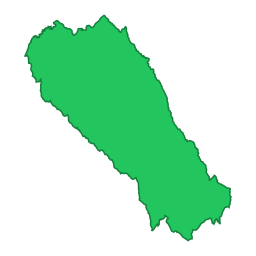 Sai Yok, Kanchanaburi, Thailand (Equal Earth projection)
{"feature_id": "78962969B26028425570589", "entity_name": "Sai Yok", "entity_type": "district", "adm_level": 2, "iso_a3": "THA", "parent_name": "Thailand", "parent_adm1": "Kanchanaburi", "projection": "equal_earth", "projection_center": [98.933, 14.238], "detail": "fine", "context": "isolated", "style": "filled", "palette": "green", "viewbox_px": 256, "rotation_deg": 0, "n_neighbors": 0, "source": "geoboundaries", "source_scale": "gbopen_adm2", "svg_char_len": 5712}
<svg xmlns="http://www.w3.org/2000/svg" viewBox="0 0 256 256"><path d="M183.1,133.2L180.8,131.2L179.8,129.2L178.3,129.2L177.7,128.7L175.6,125.4L174.3,124.2L173.7,122.3L172.7,121.3L172.6,118.3L170.9,115.5L171.1,113.0L169.7,110.6L168.3,109.6L168.8,108.1L168.1,106.8L168.0,103.5L167.1,100.8L167.2,98.5L166.8,97.2L163.8,90.9L162.2,88.3L161.9,86.3L160.8,84.7L160.3,82.8L159.0,81.6L158.8,80.4L157.2,80.2L156.5,79.5L155.8,77.5L154.9,76.9L155.2,75.2L154.3,73.5L153.5,72.8L153.8,71.3L153.4,69.4L152.9,69.1L150.9,69.4L150.1,67.1L148.4,66.0L148.7,63.9L147.4,62.9L147.3,62.3L148.7,60.8L149.1,59.3L149.0,58.7L146.8,57.8L145.4,58.2L145.1,57.2L143.6,56.9L143.9,56.1L143.5,55.8L142.1,56.1L141.3,55.6L141.6,55.3L141.3,54.0L139.1,53.0L137.8,51.0L136.3,50.7L136.4,49.7L135.4,48.1L134.3,44.9L133.7,44.2L132.3,44.0L130.4,42.3L129.2,40.1L128.6,37.9L127.6,36.2L127.9,34.8L127.2,34.0L127.0,32.4L126.4,31.4L126.4,27.9L125.6,26.8L124.9,27.3L124.7,28.4L124.0,28.9L122.5,29.0L121.2,31.1L121.1,32.1L120.4,32.3L118.8,31.1L119.1,30.4L118.8,29.9L116.0,28.0L113.8,25.2L113.0,25.0L112.4,23.7L111.2,23.7L110.8,22.5L108.4,21.2L108.6,19.7L105.6,17.2L105.0,16.0L104.0,15.4L100.8,17.9L99.8,19.2L99.8,19.8L98.4,21.3L95.5,23.5L94.4,25.6L92.6,27.6L91.1,27.5L90.9,26.8L88.9,25.4L86.8,25.9L86.1,27.6L86.4,29.2L85.7,30.1L83.1,30.0L82.7,29.2L82.1,30.4L81.3,30.0L81.5,28.8L81.3,28.6L78.4,28.7L78.0,29.2L78.0,30.6L77.4,31.4L77.1,32.8L75.0,34.6L73.8,35.2L72.7,34.5L72.8,33.6L72.0,32.6L72.0,30.7L70.6,29.3L69.1,28.6L67.7,28.9L66.3,27.8L64.4,27.6L63.3,25.0L62.0,23.8L60.4,23.5L57.5,20.7L56.5,20.7L53.6,22.7L53.9,23.8L55.7,24.6L55.9,25.3L54.9,26.7L53.4,26.6L52.5,29.0L51.8,29.4L50.7,29.2L51.6,28.5L51.4,27.7L50.7,27.4L50.9,26.4L49.4,26.8L49.4,27.9L48.8,27.7L49.0,27.1L48.2,27.0L48.4,25.8L47.7,27.9L47.0,28.1L46.1,27.8L45.7,28.9L45.0,28.7L44.9,29.5L44.3,30.2L44.9,30.7L44.8,30.9L43.8,31.0L43.3,29.8L42.7,29.9L43.3,31.0L42.5,31.3L42.9,31.5L42.4,32.1L42.5,33.1L41.9,33.2L42.1,33.6L41.5,33.8L41.1,33.7L40.8,34.8L39.9,34.2L39.2,34.6L39.6,36.4L38.4,36.8L38.8,37.5L38.0,37.6L37.3,37.0L36.5,37.4L36.6,36.2L36.0,36.4L35.5,35.7L35.0,35.8L34.5,36.6L33.4,36.6L33.2,37.8L31.7,39.0L31.2,41.7L30.8,41.4L30.4,43.0L29.6,43.5L28.9,44.7L28.2,48.7L27.5,49.7L27.5,50.5L26.9,51.3L27.0,52.2L25.8,53.8L25.6,54.8L24.9,56.0L25.7,56.2L27.2,55.4L28.1,56.7L28.3,58.0L29.0,59.1L28.4,60.0L28.7,60.9L28.7,63.2L30.4,63.4L31.2,64.1L31.4,66.7L31.0,68.0L30.9,69.9L32.6,72.6L32.9,74.2L32.4,76.0L34.0,76.9L34.5,77.9L35.3,77.9L35.5,78.9L36.1,79.8L36.1,82.0L39.8,81.5L40.2,79.8L40.7,79.3L41.1,81.9L41.5,82.2L40.7,84.9L40.8,88.9L40.4,90.6L41.4,93.3L41.2,94.8L41.5,96.6L42.7,98.1L42.7,98.7L44.4,100.2L44.6,100.9L46.0,101.8L47.1,101.3L48.6,102.0L49.5,101.6L50.3,100.6L50.8,102.2L53.3,105.8L54.3,105.7L56.9,108.2L57.3,109.4L58.7,109.3L60.2,110.5L62.2,112.5L62.3,113.5L63.4,115.5L64.9,116.2L66.0,115.8L66.2,115.2L67.8,115.0L68.5,117.8L68.5,120.3L69.8,122.8L71.4,123.3L72.8,125.9L73.7,126.8L74.4,126.8L75.3,128.0L76.3,128.4L77.0,127.5L77.6,128.1L77.6,129.1L78.9,130.3L79.6,130.1L79.9,131.6L80.9,132.3L83.1,136.5L84.3,136.0L84.7,136.7L85.3,136.8L86.1,138.4L87.0,138.2L88.2,138.9L88.8,141.8L89.7,142.0L90.5,143.1L94.3,143.9L94.6,145.5L95.3,145.7L98.1,150.1L99.8,151.1L101.2,150.0L102.3,150.2L103.5,151.4L105.0,154.5L106.4,154.4L108.6,156.8L108.9,158.2L109.6,158.9L111.0,160.1L111.5,159.7L112.1,159.8L113.5,163.2L114.1,167.1L115.3,168.4L117.0,168.9L118.3,170.9L119.9,172.0L120.6,173.7L121.7,172.9L122.9,173.5L126.1,173.2L128.0,174.3L128.8,175.9L129.8,176.1L130.8,177.9L132.6,179.3L134.6,178.7L135.8,177.6L136.2,177.7L136.6,179.8L138.4,183.0L138.7,190.4L139.1,191.6L138.7,193.2L139.3,194.2L139.2,196.0L139.9,197.9L139.8,198.5L139.3,198.8L139.4,199.7L139.6,200.3L141.5,201.6L144.4,204.4L146.0,204.8L146.3,205.3L145.9,206.9L146.5,208.9L148.4,211.9L148.0,213.0L149.3,214.0L150.1,217.5L150.1,218.6L150.8,220.7L150.5,224.1L150.8,225.8L152.1,228.2L152.2,229.5L151.8,230.4L152.3,230.6L153.9,229.2L155.5,226.4L156.5,225.4L156.9,224.4L157.6,224.2L158.0,225.7L158.4,224.9L159.0,224.8L159.2,223.6L158.8,222.6L159.2,222.2L159.4,220.3L160.1,219.3L160.5,219.6L161.0,219.2L161.2,219.6L161.8,219.0L163.0,219.1L164.8,217.3L164.9,215.6L165.3,215.7L168.3,218.1L167.9,218.8L166.9,219.2L166.3,221.6L166.8,222.6L168.5,224.2L171.7,231.1L173.9,232.1L175.5,230.8L176.1,230.8L177.1,232.4L178.0,232.2L180.4,233.8L182.6,236.8L188.2,240.6L190.0,239.1L192.1,238.8L192.0,236.1L191.3,234.6L191.6,233.4L192.5,232.0L192.7,229.9L196.0,230.1L198.1,228.2L201.2,223.5L204.1,221.8L205.9,219.6L208.6,219.1L209.7,218.2L210.7,218.5L211.4,219.4L211.4,220.2L212.0,221.1L212.2,222.9L213.0,222.8L213.2,223.7L214.1,223.3L214.2,223.6L215.1,221.6L214.9,221.0L215.0,220.4L216.1,219.6L216.1,219.0L216.5,219.0L217.2,219.3L217.3,220.6L217.8,220.6L217.6,221.7L218.2,221.6L218.4,221.1L219.4,222.9L219.2,223.1L219.5,223.6L220.1,223.5L219.8,221.2L219.9,219.1L219.5,217.5L221.3,216.1L222.6,211.9L224.7,207.8L225.7,207.2L228.3,206.7L229.1,207.4L229.3,205.3L230.2,203.8L229.9,202.1L230.8,199.9L230.3,198.4L231.1,196.9L230.0,195.9L229.8,195.2L229.7,193.8L230.2,192.0L229.6,190.7L230.2,189.8L230.0,188.5L226.7,187.8L223.6,185.5L222.1,185.1L221.8,184.4L220.5,184.2L217.6,182.5L217.0,181.5L217.5,180.5L216.8,179.7L216.0,177.0L214.8,175.5L214.2,175.4L213.9,176.1L212.5,177.8L211.6,178.3L210.5,179.9L209.3,180.0L209.5,178.4L209.1,177.4L209.2,177.0L206.2,172.5L206.6,169.5L205.9,167.4L205.8,165.6L204.6,164.2L203.9,163.8L202.8,161.9L200.9,161.3L200.3,159.2L199.5,158.6L198.9,156.5L197.8,155.1L198.0,154.2L198.7,153.2L197.7,151.9L198.0,151.3L197.9,149.6L197.3,148.8L196.4,148.9L196.1,147.8L195.2,147.4L194.6,144.2L193.3,142.0L189.9,140.6L187.2,141.5L186.9,141.0L186.9,139.8L185.6,140.1L184.3,136.0L183.3,134.5L183.1,133.2Z" fill="#22c55e" stroke="#15803d" stroke-width="1.5"/></svg>